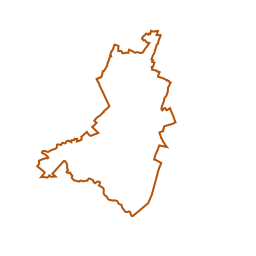 Popricani, Iasi, Romania (Albers equal-area conic projection), rotated 220°
{"feature_id": "2599482B80452302605410", "entity_name": "Popricani", "entity_type": "district", "adm_level": 2, "iso_a3": "ROU", "parent_name": "Romania", "parent_adm1": "Iasi", "projection": "albers", "projection_center": [27.54, 47.269], "detail": "fine", "context": "isolated", "style": "outline", "palette": "amber", "viewbox_px": 256, "rotation_deg": 220, "n_neighbors": 0, "source": "geoboundaries", "source_scale": "gbopen_adm2", "svg_char_len": 5817}
<svg xmlns="http://www.w3.org/2000/svg" viewBox="0 0 256 256"><g transform="rotate(220 128 128)"><path d="M183.6,145.4L180.4,143.9L180.3,144.0L178.9,143.6L177.1,142.3L174.7,141.2L173.2,140.6L159.3,134.1L156.4,132.8L156.3,132.6L156.3,132.0L156.5,129.9L156.8,128.4L157.0,126.5L157.3,125.5L157.2,124.3L157.1,124.1L156.9,124.1L157.2,123.0L157.3,120.3L158.4,116.2L158.5,115.6L158.6,113.4L158.5,111.8L155.4,111.8L155.7,107.4L156.1,105.8L147.6,105.1L151.2,98.4L152.1,97.7L153.8,97.8L155.0,98.0L157.0,98.5L157.7,93.4L158.1,91.2L157.3,90.8L156.9,90.5L156.8,90.3L156.7,89.5L156.4,89.1L156.2,89.0L156.7,88.1L157.0,87.0L157.3,86.8L157.6,86.4L158.5,84.8L159.9,86.9L161.3,85.8L161.9,85.5L161.4,84.3L163.4,82.1L162.3,80.7L165.2,80.2L165.2,79.7L165.8,79.5L166.0,79.3L166.4,78.8L166.6,78.0L166.3,77.1L166.1,76.4L166.3,75.9L166.6,75.5L168.3,74.8L168.7,74.5L168.8,74.2L168.8,73.8L168.4,72.6L168.4,72.0L168.7,71.7L170.0,71.2L170.9,70.5L171.5,70.0L171.6,69.8L171.6,69.5L171.4,69.2L170.2,67.5L170.0,66.2L170.1,65.9L170.3,65.3L172.4,62.0L172.9,60.8L173.4,59.1L173.9,58.3L174.2,58.0L176.4,57.2L177.2,56.8L177.9,56.2L178.4,55.3L178.5,54.8L178.4,54.3L178.1,53.8L177.6,53.7L175.4,54.3L174.1,54.5L172.1,54.5L170.8,54.3L170.1,54.1L169.9,53.7L170.0,53.2L170.2,52.9L171.4,52.2L172.1,51.3L172.8,50.2L175.2,45.7L172.9,43.2L173.0,40.4L163.8,40.5L163.4,40.4L163.2,40.2L163.0,39.8L163.0,34.5L161.1,36.3L158.8,37.5L158.1,38.1L157.8,38.6L157.8,41.1L155.7,41.1L152.3,44.2L156.5,44.4L155.9,61.6L155.8,61.8L154.5,62.2L153.7,61.7L152.8,61.7L152.2,61.5L150.1,59.8L148.9,58.1L148.5,57.8L147.1,57.4L146.8,57.0L146.7,56.7L146.9,55.5L146.9,55.1L146.5,54.6L145.9,54.6L144.8,55.3L144.4,55.6L144.4,55.9L144.1,56.3L143.9,56.6L143.6,56.6L142.8,56.4L142.0,55.8L141.6,55.7L140.4,55.8L140.0,55.7L139.8,55.5L139.6,55.1L139.4,54.1L139.2,53.7L135.5,53.2L134.2,54.2L132.7,54.6L131.9,55.0L131.5,55.3L131.0,55.5L130.8,55.8L130.9,56.5L130.5,57.3L129.9,57.7L128.4,58.1L128.0,58.5L126.7,60.1L125.3,61.5L125.6,63.3L125.5,64.1L125.2,64.4L124.6,64.7L121.6,65.5L120.8,65.3L120.3,65.1L119.6,64.4L117.6,64.6L117.4,66.3L117.2,66.9L116.6,67.7L115.6,68.3L115.2,68.4L114.8,68.4L114.2,67.9L113.7,66.7L113.3,65.3L109.9,65.9L108.4,66.0L107.9,65.8L107.0,65.3L106.3,64.5L105.2,62.8L104.6,62.3L103.4,61.7L102.3,61.5L100.6,61.8L97.6,60.8L96.4,60.9L95.0,61.5L93.2,62.5L91.8,63.9L89.9,64.9L89.4,65.1L88.8,65.0L87.4,64.3L86.4,64.1L85.4,64.2L84.0,64.8L83.4,64.8L82.8,64.5L81.9,63.6L80.7,63.1L76.6,62.2L75.5,62.4L74.8,62.8L74.5,63.1L74.0,64.2L73.7,64.6L73.0,65.0L72.4,65.0L71.7,64.6L70.7,63.8L70.0,63.5L67.6,62.8L67.8,63.0L67.5,65.0L64.2,83.3L66.8,92.1L74.9,109.6L77.0,113.8L77.6,115.6L78.1,116.6L78.4,117.4L80.0,122.5L84.3,121.8L87.3,121.0L87.7,120.7L88.6,122.6L89.0,123.4L89.1,123.9L89.7,124.9L90.3,126.9L90.5,127.8L91.0,129.3L91.4,131.0L92.6,134.0L92.9,134.7L86.1,138.4L88.4,138.8L89.2,139.2L90.9,139.8L92.6,140.1L94.8,141.5L96.0,141.6L96.3,141.8L97.2,142.5L100.6,144.3L101.0,144.7L101.1,144.9L99.0,148.3L99.7,149.1L100.0,149.3L100.3,149.8L100.3,151.1L100.6,151.4L100.9,151.5L101.3,152.5L100.3,154.3L99.2,155.7L99.0,156.1L98.9,156.5L97.3,158.5L96.6,159.7L95.6,162.2L95.2,162.8L100.0,165.6L101.0,166.4L101.7,166.6L104.2,167.8L107.5,169.5L108.5,170.2L109.6,166.6L109.8,166.6L110.0,166.4L112.1,167.2L112.3,166.7L112.6,166.6L113.0,166.2L113.2,165.9L113.2,165.7L112.9,164.0L113.1,163.5L114.4,163.8L115.7,165.8L116.3,167.4L117.6,171.2L118.1,172.4L118.5,173.0L119.1,173.7L119.0,173.9L119.4,175.8L119.4,176.7L119.2,176.9L120.0,179.1L121.0,181.7L121.4,182.1L122.9,184.2L123.4,185.0L123.6,187.0L124.2,188.2L124.5,190.2L125.7,189.9L126.8,190.2L126.9,189.9L128.6,189.9L128.7,189.4L130.9,189.2L131.9,189.0L133.7,188.4L138.1,186.6L138.7,187.8L139.7,191.1L141.3,190.5L141.2,190.3L141.7,190.1L142.6,189.9L143.1,190.2L147.1,188.2L149.0,190.0L148.2,190.6L149.6,194.7L149.9,195.2L151.9,194.1L152.7,196.1L153.9,195.4L154.4,196.2L155.6,199.7L155.9,201.8L156.2,202.8L157.4,205.0L157.8,206.4L158.2,207.2L158.6,208.5L159.2,209.4L159.6,210.4L159.5,210.5L159.2,211.5L159.5,212.0L159.9,213.4L160.4,214.2L160.6,214.3L161.1,215.4L161.5,216.8L161.5,217.1L161.6,217.5L162.0,218.3L162.3,220.0L162.2,220.4L162.0,220.5L162.7,220.3L165.7,217.6L165.9,217.5L166.6,219.8L167.1,220.5L167.2,221.5L167.7,221.4L168.5,220.8L168.9,220.4L168.9,220.1L169.3,219.7L169.8,218.8L170.2,218.3L170.6,218.1L172.8,217.3L171.3,214.2L172.7,213.9L172.8,213.6L172.4,212.5L174.9,212.0L174.9,211.9L174.7,210.9L174.7,210.4L174.9,209.2L175.2,208.5L175.2,208.1L175.1,206.6L174.7,205.5L174.1,205.8L173.4,205.3L172.5,205.1L172.3,205.4L172.1,205.5L171.9,205.4L171.6,205.7L171.4,206.2L171.2,206.3L169.5,205.7L168.3,205.6L168.0,205.7L167.2,206.5L166.3,206.9L166.0,204.9L165.8,199.5L165.2,195.3L166.7,193.4L168.5,192.7L169.1,192.3L170.4,191.2L171.0,190.1L173.7,189.8L175.6,189.1L177.2,188.9L177.5,188.8L177.1,187.5L176.6,186.7L176.0,185.9L178.2,184.1L178.6,183.6L178.9,182.9L180.6,181.6L180.8,181.6L181.0,182.0L181.3,182.3L182.9,182.6L184.9,180.7L186.9,183.1L188.0,184.7L191.8,183.4L191.6,182.1L191.3,181.4L190.6,180.1L190.1,178.7L190.0,177.8L189.9,177.3L189.8,176.7L190.0,176.4L190.0,176.0L189.7,175.4L189.3,174.9L189.2,174.6L189.4,174.3L189.3,174.0L189.0,173.6L188.8,173.2L187.1,172.2L187.8,171.7L187.6,171.6L187.6,171.3L187.3,171.0L187.4,170.6L187.5,170.5L187.5,170.3L187.1,169.1L186.3,168.0L186.1,167.2L186.0,166.8L185.9,166.7L185.7,165.7L185.2,164.5L185.2,164.0L184.6,163.0L184.2,162.8L183.9,162.3L183.9,160.8L183.6,160.1L183.6,159.3L183.4,158.9L183.4,158.4L183.2,158.0L183.2,156.8L183.1,156.4L183.4,155.8L183.8,155.4L183.5,154.7L183.3,154.5L183.3,154.2L183.1,153.9L182.9,153.8L182.6,153.3L182.6,153.1L182.5,152.8L182.2,152.6L181.6,151.2L181.3,150.7L181.4,150.4L181.5,149.8L181.4,149.5L181.3,149.3L181.3,149.1L181.6,148.7L182.5,148.1L182.5,147.5L182.7,146.9L182.7,146.4L182.8,146.2L183.2,146.1L183.6,145.4Z" fill="none" stroke="#b45309" stroke-width="2"/></g></svg>